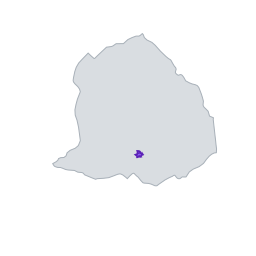 Bulawayo, Bulawayo, Zimbabwe (highlighted), rotated 314°
{"feature_id": "62879985B51719638002761", "entity_name": "Bulawayo", "entity_type": "district", "adm_level": 2, "iso_a3": "ZWE", "parent_name": "Zimbabwe", "parent_adm1": "Bulawayo", "projection": "natural_earth1", "projection_center": [28.57, -20.11], "detail": "fine", "context": "in_parent", "style": "filled", "palette": "violet", "viewbox_px": 256, "rotation_deg": 314, "n_neighbors": 0, "source": "geoboundaries", "source_scale": "gbopen_adm2", "svg_char_len": 3239}
<svg xmlns="http://www.w3.org/2000/svg" viewBox="0 0 256 256"><g transform="rotate(314 128 128)"><path d="M171.6,208.7L169.8,207.3L167.3,206.4L164.2,206.0L160.1,206.2L155.0,206.9L149.6,206.0L143.8,203.5L139.0,202.6L133.3,203.7L133.1,203.7L132.1,202.8L130.5,201.0L127.9,200.6L127.2,200.2L126.6,199.5L126.2,198.6L126.1,197.6L126.5,194.6L126.3,194.2L125.6,193.8L124.1,193.5L120.7,192.1L116.3,190.7L109.3,189.3L106.6,188.9L105.9,188.4L105.1,187.3L103.8,183.8L102.5,181.4L99.5,177.8L99.0,176.7L99.1,173.9L99.4,171.5L99.7,169.6L99.5,167.8L99.5,165.5L99.6,164.0L99.2,163.3L98.1,162.8L94.9,162.6L91.1,162.7L91.0,160.4L90.6,156.8L89.9,154.8L89.0,153.7L87.3,152.6L83.8,151.0L79.0,148.7L74.8,145.3L70.1,141.0L68.6,140.3L66.9,136.2L64.2,129.4L64.4,127.1L64.0,125.9L61.4,122.6L60.8,120.8L60.3,119.0L56.2,114.1L54.8,111.9L53.7,109.1L52.7,106.9L51.8,106.0L50.6,104.5L49.8,102.8L49.4,101.5L49.7,99.8L50.1,98.6L54.0,99.8L56.1,99.9L57.8,99.3L59.9,100.2L62.3,102.4L65.0,102.8L67.9,101.4L71.8,101.9L76.8,104.1L80.9,104.5L85.8,102.5L90.1,97.1L94.2,91.9L98.2,85.9L100.6,81.1L104.2,77.2L108.9,74.2L113.6,71.6L121.0,68.5L122.4,65.9L122.9,63.1L122.9,59.2L123.3,56.7L124.1,55.5L125.3,54.6L126.9,53.5L131.7,50.5L135.7,48.6L140.6,47.4L146.0,47.3L151.2,47.3L154.2,47.3L154.2,51.1L154.4,55.3L155.0,55.7L158.9,55.8L165.2,56.1L171.2,56.4L175.1,59.5L176.4,60.1L180.4,60.9L185.5,66.1L191.6,66.5L195.8,68.1L199.6,69.9L201.7,72.0L203.1,72.5L205.0,72.6L205.9,72.8L205.7,74.3L204.4,76.9L204.5,80.6L206.2,85.7L206.4,90.1L205.8,97.9L205.8,105.5L206.0,108.2L206.3,110.0L206.6,111.0L206.5,112.1L205.5,115.3L204.6,118.6L204.6,120.0L204.3,120.9L203.7,121.8L201.0,123.3L200.5,124.3L200.5,126.0L200.8,127.5L201.8,128.0L203.1,128.8L203.5,129.9L203.5,131.0L203.1,133.2L202.0,136.7L203.1,140.7L204.2,143.4L205.9,146.4L206.6,148.3L206.5,149.6L206.3,150.9L203.7,156.5L201.9,159.9L199.7,163.6L196.8,165.9L196.1,167.0L195.8,168.3L195.8,171.1L195.7,174.0L193.2,178.4L194.7,182.3L194.4,182.6L193.5,183.2L189.9,187.5L186.3,191.9L183.7,195.0L180.7,198.7L177.3,202.7L174.5,206.2L171.6,208.7Z" fill="#d9dde1" stroke="#a8b0b8" stroke-width="1"/><path d="M117.8,156.7L117.9,156.8L118.0,156.8L118.3,156.8L118.4,156.7L118.5,156.8L118.5,156.7L119.0,156.9L119.0,156.7L119.2,156.4L119.4,156.6L119.4,156.4L119.5,156.3L119.6,156.1L119.6,155.8L119.4,155.7L119.2,155.6L119.3,155.5L119.2,155.5L119.1,155.4L119.0,155.2L118.7,154.9L119.2,154.0L118.9,154.0L118.8,153.9L118.8,154.0L118.7,154.0L118.9,153.7L118.8,153.4L119.0,153.3L118.9,153.3L119.1,152.9L118.8,152.9L118.7,152.9L118.7,152.7L118.9,152.0L119.1,151.9L119.1,151.7L118.9,151.5L118.7,151.4L118.2,150.8L118.0,150.5L117.9,150.4L117.4,151.3L117.2,151.7L117.2,151.9L117.2,152.0L116.8,152.3L116.8,152.6L116.7,152.5L116.7,152.4L116.5,152.2L116.4,152.1L115.9,152.3L116.0,152.7L115.7,152.8L115.1,153.0L114.9,152.6L114.7,152.4L114.4,152.1L114.2,152.0L114.2,151.9L113.8,151.7L114.0,154.1L113.8,154.1L113.6,154.5L114.0,154.4L114.2,155.0L113.4,155.0L113.6,155.3L114.5,155.5L114.5,155.4L114.4,155.3L114.4,155.2L114.8,155.2L115.5,155.4L115.3,155.8L115.5,155.8L115.8,155.9L115.9,156.0L116.0,156.1L115.9,156.1L115.9,156.3L115.8,156.6L115.7,156.7L115.6,156.9L116.5,157.5L116.7,156.6L117.1,156.7L117.8,156.7Z" fill="#8b5cf6" stroke="#5b21b6" stroke-width="1.5"/></g></svg>